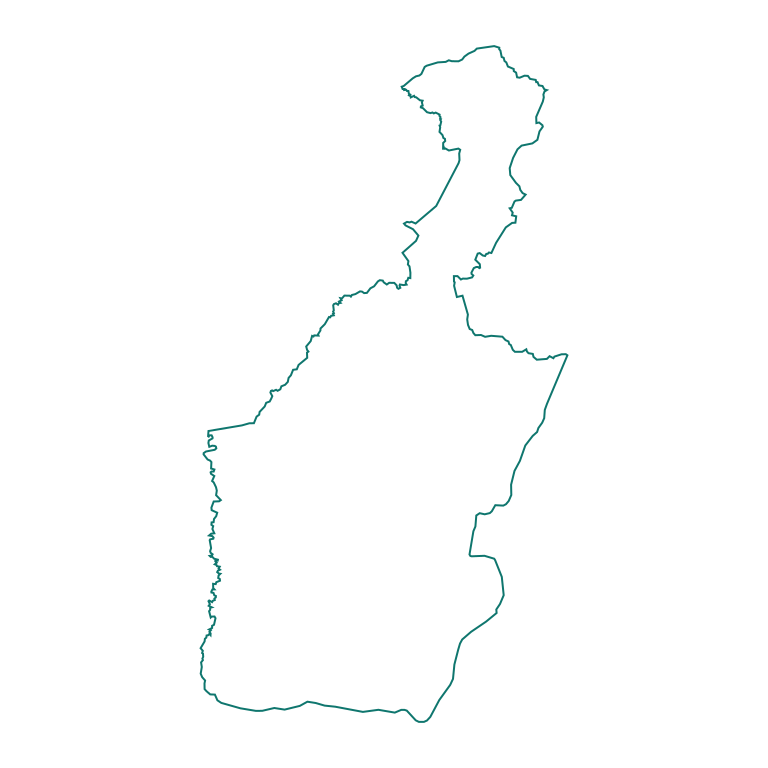 outline of Isidro Ayora, Guayas, Ecuador
{"feature_id": "8360857B10119074569782", "entity_name": "Isidro Ayora", "entity_type": "district", "adm_level": 2, "iso_a3": "ECU", "parent_name": "Ecuador", "parent_adm1": "Guayas", "projection": "mercator", "projection_center": [-80.16, -1.923], "detail": "fine", "context": "isolated", "style": "outline", "palette": "teal", "viewbox_px": 768, "rotation_deg": 0, "n_neighbors": 0, "source": "geoboundaries", "source_scale": "gbopen_adm2", "svg_char_len": 6068}
<svg xmlns="http://www.w3.org/2000/svg" viewBox="0 0 768 768"><path d="M496.6,613.0L496.3,609.5L500.0,604.0L503.7,595.2L501.8,576.9L495.1,560.1L494.2,558.7L484.5,555.8L471.7,556.3L470.4,556.0L469.5,554.5L473.4,531.2L475.4,526.5L476.3,515.5L479.7,513.2L484.7,514.3L489.8,513.1L491.8,511.3L495.3,505.2L503.3,505.6L506.0,504.2L508.7,501.0L511.3,495.0L511.1,484.7L514.5,470.9L519.9,460.9L525.3,445.5L532.7,435.9L537.1,432.0L538.4,428.0L542.2,422.7L544.2,418.2L544.8,409.9L547.0,403.8L567.4,355.3L565.8,354.2L561.5,354.3L554.4,356.6L553.4,358.2L549.6,356.2L546.9,358.9L536.8,359.7L533.5,356.9L532.8,353.9L528.5,353.2L526.9,351.4L526.3,349.3L522.2,351.8L514.9,351.8L512.8,349.8L510.8,345.0L509.2,344.1L508.5,341.5L505.5,340.1L502.4,336.7L491.2,335.8L485.1,336.8L481.0,335.0L475.3,335.2L473.4,333.0L472.2,330.0L469.7,329.0L468.0,324.9L467.2,319.4L467.9,314.6L462.5,295.7L456.9,297.0L454.1,285.8L454.7,282.3L454.0,281.6L453.9,276.1L457.5,276.1L460.9,279.5L462.8,278.6L466.9,278.7L472.1,277.4L473.3,275.5L471.6,274.0L471.4,272.7L473.8,268.1L476.2,267.0L478.0,267.0L479.4,268.1L480.1,267.7L479.8,264.2L475.3,259.7L477.7,253.6L479.7,253.1L482.8,255.5L485.1,256.0L486.3,253.9L487.7,253.8L488.9,252.5L491.4,253.0L496.1,242.8L505.8,227.4L512.1,222.9L515.4,222.7L516.2,216.3L512.0,215.3L512.7,212.6L509.7,208.3L511.8,207.8L514.5,201.5L515.8,200.6L521.0,199.9L525.6,194.6L522.6,193.1L520.3,189.9L519.4,186.3L515.9,182.8L510.3,175.1L509.7,168.1L513.1,157.9L517.5,149.3L521.6,145.6L532.4,143.4L537.4,139.8L539.5,131.4L542.8,126.7L542.4,125.2L539.1,122.5L536.4,123.1L536.2,116.9L542.8,101.6L543.8,97.4L543.4,94.5L544.5,91.5L546.8,90.1L544.4,89.4L542.5,86.0L538.9,85.4L537.5,82.1L536.2,82.1L535.7,79.9L530.1,78.9L527.9,75.9L524.5,75.7L519.7,77.7L517.1,77.3L516.1,72.6L513.8,71.1L513.7,69.0L507.9,66.5L506.3,62.4L504.5,61.0L503.7,57.8L501.7,57.0L500.4,50.6L499.2,49.2L499.3,47.7L494.2,46.1L476.8,48.6L474.5,50.9L468.5,53.6L464.4,56.6L462.2,59.5L458.5,61.3L451.8,61.2L448.8,60.3L445.7,61.9L437.8,62.4L426.7,65.7L424.7,66.9L421.4,73.9L419.4,75.5L416.0,76.3L412.8,78.3L403.7,86.0L401.7,86.7L402.6,89.0L404.5,89.0L404.3,90.0L406.2,89.8L407.0,91.0L408.4,91.0L408.9,93.9L410.1,94.5L409.1,95.4L410.7,96.2L410.8,97.4L414.1,95.8L414.8,97.1L416.2,97.3L420.0,100.3L422.6,100.7L421.9,102.5L422.7,105.6L420.9,106.4L420.8,107.4L423.0,108.2L427.0,112.2L430.5,113.1L432.5,112.5L433.8,113.4L435.7,112.6L439.6,114.6L439.4,115.8L440.5,117.1L440.1,118.7L440.9,119.1L440.3,120.1L441.2,121.6L440.3,125.4L439.6,125.6L440.2,127.3L439.5,131.9L442.5,135.1L443.4,138.0L444.9,138.8L445.2,141.0L443.2,142.9L443.1,147.9L443.8,147.3L444.2,148.8L445.2,148.4L448.9,150.5L458.4,148.6L460.2,149.8L459.2,153.5L459.5,160.1L458.6,163.1L436.2,206.0L415.6,223.5L411.5,221.7L409.7,222.4L407.0,221.9L404.0,223.6L405.5,225.4L413.0,229.2L418.4,235.6L416.0,240.9L402.5,252.8L408.4,261.1L407.9,264.5L409.5,266.4L410.4,272.7L410.3,278.1L408.3,277.8L407.5,280.3L405.9,281.2L405.7,283.1L406.6,284.6L403.7,285.1L399.9,284.5L399.5,285.7L400.3,287.8L398.4,288.8L397.1,287.7L396.6,285.3L394.3,282.9L389.2,282.8L386.8,284.5L383.7,282.3L382.8,280.6L379.8,280.2L377.9,281.4L374.1,286.3L370.4,288.3L366.9,292.9L364.1,293.1L362.0,291.6L360.0,291.4L355.4,294.1L351.9,295.0L350.9,296.6L349.9,295.7L344.4,295.6L341.9,298.5L340.4,298.2L341.6,300.3L339.1,301.5L340.5,302.9L338.8,303.2L338.0,304.7L336.0,303.3L333.9,304.1L333.2,305.3L333.8,310.4L333.1,311.6L333.9,313.2L333.0,313.7L333.8,315.3L331.1,315.8L330.2,317.3L329.0,317.0L324.8,324.2L320.5,328.5L320.4,330.5L318.0,334.3L318.5,335.6L314.2,335.4L313.5,336.5L312.1,335.9L310.7,341.1L306.2,346.5L307.1,349.9L308.4,351.6L307.0,352.6L307.2,357.8L298.6,364.9L296.8,369.3L293.1,369.8L290.9,375.3L288.6,377.9L287.8,381.9L285.1,384.8L281.4,386.3L280.3,389.3L277.6,390.8L276.1,389.8L273.1,391.1L272.1,390.4L270.9,391.0L270.4,392.6L272.3,396.1L271.3,398.5L269.7,401.5L266.2,402.8L264.7,406.5L259.6,411.9L259.2,414.7L256.6,416.6L253.9,423.2L249.3,423.3L241.9,425.4L208.5,431.0L208.1,436.2L208.7,436.6L209.5,435.3L211.6,435.3L212.6,437.3L212.5,438.4L208.8,440.5L208.4,443.0L209.3,446.8L212.2,445.7L214.7,445.9L215.9,446.6L216.3,448.4L214.7,449.8L206.0,451.5L203.7,453.1L203.6,454.4L207.6,459.5L210.1,460.6L211.4,462.1L211.1,468.5L214.4,469.5L213.7,471.5L211.6,471.5L210.6,472.3L211.0,473.8L214.3,476.0L212.1,481.0L213.7,482.4L216.0,487.2L216.8,490.6L216.1,495.2L220.8,500.1L219.1,501.3L213.7,501.5L211.4,507.7L211.7,510.2L217.2,512.7L216.2,516.2L214.0,519.0L213.6,522.2L211.6,522.4L211.4,524.8L213.2,526.1L212.4,529.0L214.3,533.3L211.2,533.7L209.1,535.5L212.3,536.1L213.6,537.6L213.3,538.7L210.1,539.4L209.7,540.2L211.1,548.1L210.1,551.2L210.7,552.9L212.6,554.3L211.9,555.5L209.7,555.9L210.7,556.9L212.3,556.8L214.1,558.7L217.9,559.7L217.7,560.6L215.4,560.4L215.3,561.3L216.7,562.7L214.8,564.3L216.5,565.0L217.0,566.2L219.7,566.7L218.6,568.6L220.0,569.7L217.9,570.7L217.2,572.1L219.0,573.6L220.3,573.8L218.6,575.5L218.2,578.0L219.8,579.0L220.0,580.7L216.3,582.2L215.7,584.1L213.1,583.8L213.2,588.1L214.4,589.4L212.4,589.5L211.3,591.6L211.4,592.5L213.5,592.9L214.3,595.3L215.9,596.0L215.8,597.4L214.4,598.6L214.8,600.0L212.8,600.8L212.1,602.1L209.2,600.5L208.5,601.2L209.9,604.2L208.7,605.8L211.8,607.3L210.2,607.7L210.1,609.9L209.1,611.2L210.7,617.5L211.6,616.6L214.5,616.5L215.5,618.2L214.0,624.8L212.1,625.8L212.1,628.0L209.1,629.5L210.8,630.3L209.4,631.9L210.6,633.4L210.5,635.1L209.4,633.9L208.2,635.2L206.6,635.5L206.3,637.6L204.9,638.8L204.6,641.4L200.6,648.2L202.8,650.8L202.1,653.0L203.0,653.7L203.2,656.8L202.4,658.6L202.9,660.1L201.1,662.4L201.8,667.0L200.7,673.7L202.2,677.2L205.1,680.5L204.5,683.4L204.6,689.1L206.6,691.3L210.2,694.4L214.9,694.6L217.4,700.3L221.3,702.9L240.4,708.3L256.0,710.9L262.3,710.8L274.3,708.0L284.6,709.6L299.8,705.9L307.4,701.7L315.7,703.0L324.6,705.6L335.2,706.7L362.9,711.9L378.4,709.8L394.8,712.6L401.2,709.9L404.6,709.9L406.8,710.6L415.7,720.3L418.9,721.9L423.9,721.9L427.0,720.5L430.3,716.9L439.3,700.0L450.2,684.9L453.0,678.9L454.4,664.5L458.2,649.7L460.0,643.6L462.2,639.5L471.1,631.8L486.1,621.6L496.6,613.0Z" fill="none" stroke="#0f766e" stroke-width="2"/></svg>